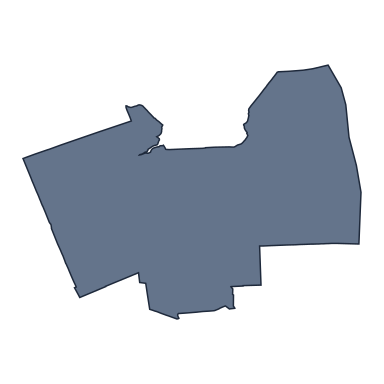 the district of Brancoveni, Olt, Romania
{"feature_id": "2599482B4467006256881", "entity_name": "Brancoveni", "entity_type": "district", "adm_level": 2, "iso_a3": "ROU", "parent_name": "Romania", "parent_adm1": "Olt", "projection": "orthographic", "projection_center": [24.313, 44.317], "detail": "fine", "context": "isolated", "style": "filled", "palette": "slate", "viewbox_px": 384, "rotation_deg": 0, "n_neighbors": 0, "source": "geoboundaries", "source_scale": "gbopen_adm2", "svg_char_len": 5901}
<svg xmlns="http://www.w3.org/2000/svg" viewBox="0 0 384 384"><path d="M358.9,244.0L361.0,192.3L356.4,165.5L349.0,137.2L345.8,104.8L341.2,87.8L328.1,65.1L314.7,68.3L312.5,68.8L303.2,70.2L288.6,71.3L278.1,71.8L277.6,72.2L277.1,72.3L276.8,72.8L276.3,73.5L274.2,76.3L272.9,77.9L271.9,79.3L270.8,80.7L269.7,82.0L268.9,82.9L268.6,83.4L268.3,83.7L268.1,84.0L267.9,84.3L267.4,84.9L267.0,85.4L266.5,86.3L265.2,87.9L264.3,89.0L263.5,90.0L262.5,91.4L261.4,92.8L259.5,95.3L258.0,97.2L257.7,97.5L256.7,98.8L253.4,102.9L251.0,105.8L249.1,108.5L248.8,109.0L248.7,109.8L248.6,110.8L248.9,111.5L248.9,111.8L249.0,112.3L248.4,113.4L248.4,113.9L248.5,114.2L248.6,114.8L248.7,115.1L248.9,115.6L248.7,116.1L248.6,116.7L248.5,117.2L248.3,118.1L248.0,119.2L247.7,120.6L247.5,121.2L247.2,121.6L246.8,122.1L246.1,122.9L245.1,123.5L244.5,123.8L244.1,124.1L243.7,124.4L243.6,124.9L243.9,125.5L244.2,126.1L244.3,126.9L244.3,127.4L244.5,128.5L244.8,129.0L245.1,129.7L245.4,130.2L245.7,130.6L246.3,131.5L246.9,132.2L247.2,132.7L247.0,133.1L246.8,133.3L246.9,133.6L247.4,134.5L247.8,135.7L247.3,136.5L246.9,137.5L246.0,138.6L245.3,139.7L244.8,140.3L243.9,141.2L243.1,142.2L242.4,142.9L241.6,143.6L240.7,144.1L239.3,144.5L238.7,144.7L237.6,145.0L237.1,145.3L234.7,146.8L234.1,147.0L233.3,147.1L229.2,146.9L219.2,147.1L214.5,147.2L205.5,147.7L205.3,148.0L205.0,148.0L203.7,148.2L202.8,148.3L190.4,148.7L168.9,149.6L168.1,149.5L166.9,149.5L165.7,149.3L165.2,148.1L164.3,146.6L163.4,145.2L162.4,145.7L160.7,145.7L159.9,145.9L159.2,146.7L158.2,146.8L156.6,147.1L155.4,147.5L153.7,148.0L153.1,148.4L152.3,148.9L151.6,149.7L150.7,151.4L150.5,152.2L148.4,153.2L147.5,153.3L145.8,153.0L144.6,153.3L142.6,154.1L141.4,154.6L140.4,154.8L139.4,155.0L139.6,154.7L141.1,154.3L142.3,154.0L143.0,153.5L143.8,153.1L144.5,152.5L145.3,152.1L146.1,152.0L146.8,151.9L147.2,151.4L147.5,150.8L147.5,150.3L147.7,150.1L148.0,150.0L148.0,149.7L148.4,149.0L148.9,148.7L149.5,148.5L150.0,148.1L150.6,147.6L150.9,147.4L151.2,147.2L151.7,146.9L152.1,146.6L152.6,146.3L152.9,146.1L153.5,145.9L154.2,145.6L154.9,145.4L155.9,145.2L156.4,145.0L157.1,144.8L157.6,144.3L158.0,143.4L158.0,143.0L158.2,142.6L158.4,142.1L158.6,141.3L159.4,140.0L159.4,139.6L159.4,139.2L159.3,138.8L159.0,138.5L158.7,138.3L158.4,138.0L157.9,137.6L157.3,137.2L157.1,137.0L156.9,136.9L156.7,136.7L157.1,136.5L157.6,136.3L158.2,136.0L158.6,135.8L159.1,135.4L159.7,134.9L160.6,134.0L160.9,133.6L161.3,132.8L161.4,132.3L161.5,132.0L161.6,131.6L161.6,131.1L161.6,130.6L161.7,129.8L161.8,129.3L161.9,128.9L161.9,128.5L161.9,128.2L161.8,127.7L161.7,127.4L161.6,127.1L161.7,126.9L161.9,126.6L162.0,126.3L162.3,126.1L162.4,125.8L162.6,125.5L162.7,125.3L162.7,125.1L162.7,124.9L162.3,124.7L162.0,124.4L161.6,124.1L161.2,123.8L160.6,123.2L159.9,122.6L159.5,122.2L159.1,121.8L158.8,121.6L157.9,120.9L156.9,120.2L156.6,120.0L156.3,119.7L156.1,119.4L155.8,119.1L155.5,118.8L155.3,118.6L155.0,118.3L154.7,118.2L154.3,118.0L153.9,117.9L153.7,117.8L153.6,117.7L153.4,117.3L153.3,117.1L152.0,115.8L151.4,115.1L150.1,113.8L149.7,113.4L149.0,112.7L147.8,111.4L147.3,110.7L146.7,110.1L145.9,109.3L145.3,108.7L144.6,107.9L144.0,107.4L143.6,106.9L143.2,106.4L142.7,106.0L142.3,105.8L141.9,105.5L141.3,105.3L140.8,105.1L140.2,105.0L139.6,104.9L139.0,104.9L138.5,105.0L138.1,105.1L137.6,105.4L137.1,105.7L136.8,105.8L136.4,106.0L135.8,106.1L135.1,106.2L134.5,106.4L133.9,106.6L133.2,106.8L132.8,107.0L132.1,107.2L131.5,107.4L130.9,107.4L130.4,107.4L129.8,107.2L129.4,107.1L129.1,107.0L128.6,106.9L128.4,106.9L128.2,106.9L127.9,106.7L127.7,106.5L127.4,106.2L127.0,106.0L126.7,105.9L126.4,105.9L126.0,105.9L126.0,106.6L126.0,107.2L126.2,108.0L126.4,108.6L126.6,109.1L126.8,109.7L127.1,110.5L127.5,111.4L128.1,112.8L128.7,114.2L129.2,115.4L129.6,116.4L129.9,117.1L130.4,118.4L130.7,119.3L131.0,120.0L131.1,120.3L131.2,120.7L131.3,121.0L101.0,131.2L100.9,131.2L61.2,144.9L48.9,149.4L47.8,149.7L35.0,154.1L23.0,158.5L30.8,177.5L32.1,180.9L32.5,181.8L34.6,186.8L36.3,191.0L37.8,194.3L38.6,196.2L39.8,199.3L40.6,201.1L41.2,202.8L42.5,205.9L42.7,206.0L42.8,206.3L43.8,208.7L45.2,212.0L47.7,218.3L49.3,222.3L49.7,222.8L50.1,223.6L50.4,223.8L50.7,224.0L51.1,225.2L51.4,227.3L51.5,227.9L51.4,228.1L51.6,228.9L56.8,241.9L57.6,243.9L60.8,250.9L61.0,251.5L61.7,253.1L62.3,254.5L62.9,255.7L64.6,260.2L65.8,263.6L66.3,264.2L66.9,265.7L68.1,268.3L68.5,269.2L68.6,269.6L71.0,275.3L73.7,281.5L75.7,285.7L76.2,287.0L74.5,287.7L78.8,295.6L79.6,297.2L79.8,297.5L80.0,297.4L105.7,286.6L105.6,286.3L106.6,285.9L138.5,272.7L139.7,282.5L145.7,283.3L145.9,284.4L147.4,294.5L147.6,295.8L149.7,309.3L151.5,309.9L152.2,310.1L152.8,310.3L153.9,310.7L154.4,310.9L155.3,311.2L156.2,311.4L158.4,312.2L159.3,312.6L160.1,312.9L161.3,313.4L162.2,313.7L163.3,314.1L164.4,314.5L165.0,314.7L165.4,314.9L165.7,315.0L166.3,315.2L167.2,315.5L167.9,315.7L169.0,316.1L169.8,316.4L176.2,318.7L176.3,318.8L176.6,318.9L176.9,318.9L177.1,318.9L177.3,318.9L177.5,318.9L177.9,318.8L178.1,318.8L178.4,318.6L178.7,318.4L178.9,318.3L178.7,317.8L178.5,317.5L178.2,316.9L178.0,316.5L177.9,316.2L177.8,315.8L177.7,315.6L177.7,315.2L177.7,314.8L177.7,314.4L177.8,314.2L178.0,314.0L178.3,313.8L178.5,313.7L178.8,313.4L179.1,313.5L187.7,312.9L196.3,312.2L202.7,311.5L209.3,311.1L214.1,310.7L215.2,310.4L216.6,309.8L217.9,309.3L219.2,308.7L220.1,308.1L221.1,307.7L222.4,307.1L225.2,306.0L225.5,306.0L229.4,309.0L229.7,308.9L234.8,308.3L234.7,307.9L234.0,306.9L233.4,306.0L233.5,295.0L232.6,294.4L232.8,289.0L232.4,288.5L231.8,287.8L230.9,286.7L231.0,286.6L243.1,286.0L243.1,285.6L246.8,285.5L261.0,285.1L259.6,246.0L262.8,246.0L271.2,245.6L274.2,245.5L276.6,245.4L286.6,245.0L290.2,244.9L294.8,244.8L300.1,244.5L303.6,244.4L306.4,244.3L308.4,244.2L311.4,244.1L313.6,244.1L316.7,244.0L318.5,244.0L321.1,243.8L323.3,243.8L324.8,243.7L326.7,243.6L327.8,243.6L329.8,243.5L331.5,243.4L333.6,243.4L337.4,243.4L358.9,244.0Z" fill="#64748b" stroke="#1e293b" stroke-width="1.5"/></svg>